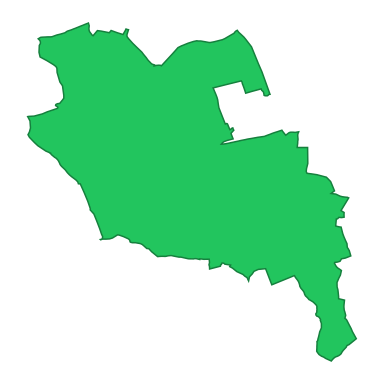 outline of Viisoara, Bihor, Romania
{"feature_id": "2599482B21009724792722", "entity_name": "Viisoara", "entity_type": "district", "adm_level": 2, "iso_a3": "ROU", "parent_name": "Romania", "parent_adm1": "Bihor", "projection": "robinson", "projection_center": [22.454, 47.387], "detail": "fine", "context": "isolated", "style": "filled", "palette": "green", "viewbox_px": 384, "rotation_deg": 0, "n_neighbors": 0, "source": "geoboundaries", "source_scale": "gbopen_adm2", "svg_char_len": 5906}
<svg xmlns="http://www.w3.org/2000/svg" viewBox="0 0 384 384"><path d="M356.3,338.7L352.4,331.6L351.1,328.5L349.1,324.7L346.9,320.4L346.3,319.4L344.9,318.4L345.7,315.3L344.8,311.9L344.2,310.0L343.9,306.8L344.0,304.8L344.5,300.1L342.4,299.6L338.6,298.7L338.6,296.4L337.9,289.8L337.1,286.9L337.0,282.5L338.9,278.0L340.4,275.1L341.4,270.5L339.6,269.2L337.5,267.8L337.0,267.3L335.9,265.9L335.3,264.8L334.8,263.8L334.4,263.1L334.8,262.4L337.3,262.1L340.0,261.3L341.5,258.8L345.2,258.1L348.1,257.0L350.8,255.9L349.3,250.7L348.3,248.9L347.3,247.4L347.1,245.4L347.0,243.7L345.6,240.7L344.0,237.0L342.8,233.8L341.1,227.1L339.4,226.9L337.2,226.4L335.7,226.0L335.7,225.9L336.3,219.0L337.6,218.8L338.2,218.1L338.8,217.4L339.5,217.4L341.5,217.6L344.1,217.2L344.0,214.5L344.1,212.5L341.0,210.6L348.7,197.9L347.4,197.3L345.0,197.1L342.2,196.7L340.0,196.1L335.8,194.1L331.1,193.5L332.8,192.1L334.5,190.9L332.1,185.0L330.6,181.5L326.4,177.2L316.9,174.7L311.6,173.9L307.0,173.3L306.2,171.5L306.5,168.7L307.8,163.5L307.6,147.5L297.2,147.5L297.3,146.6L297.4,145.3L297.5,144.8L297.6,144.0L297.7,143.1L297.7,142.3L297.7,141.7L297.8,140.8L297.9,140.5L298.0,139.6L298.0,138.9L297.9,137.8L297.8,137.0L297.7,135.1L297.9,133.9L298.2,132.9L298.4,132.5L298.6,132.2L298.7,131.8L295.2,132.4L294.1,132.3L293.0,132.2L292.1,132.2L291.0,132.2L290.2,132.3L289.3,132.6L288.6,133.0L287.5,133.9L285.7,135.2L282.6,131.3L281.9,130.2L280.4,130.7L277.4,131.7L274.8,132.5L272.2,133.4L270.0,134.3L268.3,134.9L266.4,135.6L264.4,136.4L262.8,136.6L260.1,137.0L257.8,137.3L251.8,138.4L249.3,138.8L247.5,139.1L245.4,139.6L240.8,140.5L238.3,141.1L235.4,141.7L233.2,142.2L231.6,142.5L229.9,142.9L228.1,143.3L225.1,143.8L223.9,144.0L223.2,144.0L222.6,144.1L221.9,144.2L221.3,144.2L222.4,142.9L223.6,141.8L227.0,140.5L233.1,138.9L231.9,135.8L231.0,133.3L232.4,131.8L233.8,130.2L233.5,129.7L233.2,129.0L232.9,128.3L232.8,127.9L232.2,128.0L231.4,128.7L230.3,129.6L229.9,129.7L228.4,126.2L227.6,124.2L227.2,123.7L226.7,123.5L225.3,124.0L222.0,115.7L218.9,107.8L218.2,103.6L217.7,99.9L217.0,97.4L215.9,94.5L215.0,92.4L213.1,87.9L227.0,84.4L241.3,80.9L242.0,82.0L242.3,83.0L242.3,83.6L242.9,85.0L244.0,88.0L244.9,90.7L245.7,93.2L251.9,91.4L261.1,88.9L261.3,89.4L261.7,90.3L262.6,91.1L263.3,91.8L263.6,92.7L263.9,94.0L264.1,95.4L264.6,95.6L265.6,95.8L267.0,95.8L267.6,95.7L268.2,95.2L268.7,94.5L270.0,94.3L262.0,72.0L258.3,63.5L251.5,46.8L245.8,39.4L243.9,37.1L240.6,34.0L238.9,32.5L237.9,31.2L237.3,30.3L236.1,30.9L234.7,32.2L234.0,33.3L232.0,34.4L224.8,38.6L222.4,39.7L214.0,41.8L210.3,42.5L209.1,42.5L204.2,41.6L200.7,41.0L198.4,41.0L196.7,40.8L193.4,41.5L188.1,43.2L181.4,45.9L178.0,47.6L172.4,53.9L161.4,65.8L160.4,65.3L158.7,65.2L156.4,65.4L154.3,65.9L154.1,65.9L154.3,65.5L154.5,64.9L153.2,64.5L152.1,64.1L151.3,63.6L150.3,62.5L149.2,61.4L147.8,59.9L146.2,57.6L144.7,55.8L143.3,54.1L141.9,52.2L137.2,47.7L132.7,43.3L128.5,38.6L127.1,36.7L126.9,34.9L128.5,29.7L127.4,29.5L126.0,29.0L125.2,30.7L123.0,34.5L117.2,32.7L111.1,30.5L109.3,32.7L101.2,31.1L97.4,30.6L93.1,35.7L92.4,35.4L90.8,33.3L89.8,32.0L89.2,30.8L88.9,28.8L89.2,25.7L88.4,23.0L71.2,29.9L67.2,31.2L64.9,32.8L60.5,34.1L56.8,35.0L52.1,36.7L50.5,36.9L47.7,36.9L41.9,37.2L40.9,37.3L40.5,37.4L38.7,38.5L38.2,38.8L39.9,40.5L40.4,41.9L40.4,43.4L39.3,45.4L39.0,52.3L40.1,57.0L47.0,60.7L53.4,64.6L55.9,66.5L56.9,68.2L57.1,72.5L59.9,82.0L62.5,85.8L63.8,95.4L63.8,98.2L62.5,100.0L59.7,103.4L57.5,103.7L56.1,104.3L55.7,104.8L55.6,105.6L56.8,106.3L57.9,107.2L57.8,107.9L56.8,108.6L47.3,111.8L42.4,113.9L34.1,116.1L28.7,116.4L27.7,116.6L30.0,121.0L30.5,128.0L29.4,132.0L28.0,134.7L29.5,137.4L34.5,142.6L37.8,145.7L45.9,151.1L49.0,152.4L50.1,153.2L50.6,153.1L50.8,153.8L51.4,154.6L54.5,157.2L56.1,158.2L57.7,159.8L58.6,161.2L59.6,163.2L60.0,164.3L60.6,165.2L61.6,166.4L65.2,169.8L67.4,172.7L69.3,174.7L71.5,176.6L76.0,180.0L77.8,181.9L78.4,183.8L80.3,183.9L84.2,192.6L87.8,201.3L90.3,208.6L90.2,209.9L93.9,214.0L96.7,220.9L99.7,228.7L101.7,234.6L102.6,236.4L102.5,237.9L102.2,238.7L101.4,239.3L100.4,239.5L100.7,239.8L102.5,239.1L106.2,239.1L109.6,238.9L112.5,238.0L117.7,234.8L119.8,235.3L123.7,236.7L128.5,238.9L129.5,239.9L130.2,241.4L130.0,241.7L130.2,242.0L131.0,242.4L132.4,242.7L135.4,242.7L140.4,243.6L142.3,244.5L146.8,248.5L148.8,248.7L151.7,251.8L157.6,256.6L158.9,256.5L159.7,256.4L162.0,256.3L165.5,256.4L168.2,255.8L170.3,255.6L171.6,255.6L173.8,256.1L178.9,257.1L180.9,257.1L188.4,258.8L193.4,258.9L194.9,258.6L196.4,258.7L199.8,259.5L199.9,258.8L203.8,259.3L209.2,259.2L209.5,262.6L209.0,264.8L209.5,266.6L209.6,269.0L220.4,266.2L220.7,264.8L221.4,264.5L221.8,263.5L221.8,263.2L222.7,263.0L224.0,263.3L224.7,264.1L226.3,264.4L230.6,265.1L229.7,266.6L232.5,268.1L236.8,271.6L242.9,274.4L245.0,276.3L247.1,277.6L247.9,279.5L248.6,280.9L249.5,276.8L252.2,274.0L252.6,273.4L254.0,271.3L258.3,269.4L265.6,268.7L271.8,284.8L294.3,275.6L294.7,276.0L295.4,277.4L297.5,280.1L298.0,280.9L298.4,281.5L298.9,282.6L299.3,283.9L299.7,285.1L299.7,285.9L300.1,286.8L300.9,288.2L301.2,288.6L302.2,289.7L303.4,291.2L304.3,292.8L304.4,293.7L304.9,294.8L305.5,295.9L306.4,296.7L307.9,298.2L309.0,299.6L309.7,299.9L311.9,301.2L313.0,301.9L313.8,302.6L315.0,303.8L315.6,304.4L316.4,305.3L317.0,306.7L316.8,308.0L316.9,308.5L317.0,309.1L316.9,310.2L316.8,310.7L316.9,311.1L316.8,311.3L316.8,312.1L316.6,312.5L316.5,312.8L316.4,313.0L315.8,313.9L316.0,315.1L316.8,316.1L318.2,316.6L319.1,317.3L320.2,318.8L320.5,319.6L320.4,319.8L320.3,320.3L321.1,322.6L321.4,323.5L321.4,327.9L319.6,332.1L319.5,332.9L318.5,337.1L317.9,339.2L317.8,340.3L316.9,341.8L317.1,342.8L316.9,346.4L316.9,347.9L316.7,351.2L317.4,352.4L319.0,354.5L321.5,356.2L323.7,357.1L325.6,358.4L331.3,361.0L332.7,359.3L333.9,358.1L335.5,356.9L337.1,356.4L338.8,355.6L340.6,354.3L341.3,353.4L341.8,352.4L343.2,350.4L345.1,348.4L346.2,347.2L346.7,346.1L347.2,345.4L348.9,344.7L354.0,340.6L356.3,338.7Z" fill="#22c55e" stroke="#15803d" stroke-width="1.5"/></svg>